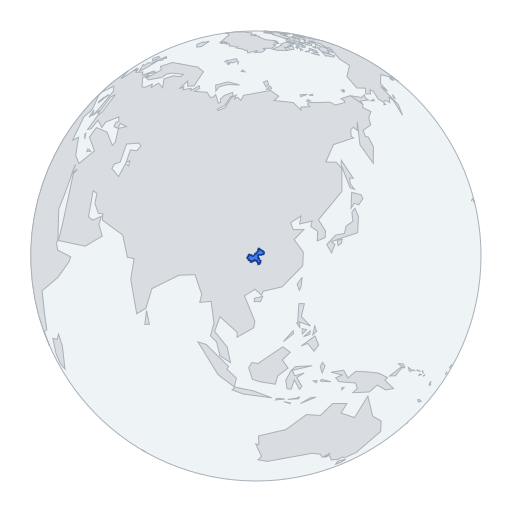 the Earth from above Chongqing, rotated 6°
{"feature_id": "CHN-1154", "entity_name": "Chongqing", "entity_type": "Municipality", "adm_level": 1, "iso_a3": "CHN", "parent_name": "China", "parent_adm1": "", "projection": "orthographic", "projection_center": [107.845, 30.195], "detail": "fine", "context": "on_globe", "style": "filled", "palette": "blue", "viewbox_px": 512, "rotation_deg": 6, "n_neighbors": 0, "source": "natural_earth", "source_scale": "10m", "svg_char_len": 15008}
<svg xmlns="http://www.w3.org/2000/svg" viewBox="0 0 512 512"><g transform="rotate(6 256 256)"><circle cx="256" cy="256" r="225" fill="#eef3f6" stroke="#a8b0b8"/><path d="M462.1,343.3L461.7,344.4L461.6,344.8L462.1,343.3ZM379.4,67.5L375.2,64.9L374.4,64.4L379.4,67.5ZM373.3,63.7L370.3,62.0L371.3,63.0L373.0,64.3L361.0,62.5L361.9,71.6L369.6,78.3L362.1,74.3L381.7,90.5L387.0,100.7L376.4,87.0L371.8,84.0L373.1,89.5L368.7,87.7L366.7,89.6L361.3,87.3L355.6,80.1L351.9,78.7L353.1,82.7L348.3,83.4L347.2,77.6L338.8,78.4L327.7,68.0L329.1,56.7L318.4,51.3L307.8,41.3L304.2,41.3L297.9,38.3L291.4,37.4L291.3,36.4L286.2,36.6L287.6,37.8L285.8,38.4L282.1,38.1L281.3,36.6L283.1,36.5L280.9,36.0L282.1,35.4L279.4,35.5L278.9,34.1L273.9,35.3L268.9,33.9L270.1,33.1L277.1,33.5L297.2,34.8L300.5,35.2L299.3,34.9L314.9,38.5L330.1,43.3L345.0,49.0L359.4,55.9L373.3,63.7ZM266.6,31.0L266.2,31.0L266.9,31.2L259.1,31.0L251.1,30.8L250.6,30.8L266.6,31.0ZM243.1,31.1L241.3,31.2L239.8,31.3L243.1,31.1ZM467.8,180.8L466.1,176.9L466.6,177.3L467.8,180.8ZM465.3,176.0L465.9,177.0L465.5,176.4L465.3,176.0ZM465.2,176.5L465.3,176.1L465.4,177.0L465.2,176.5ZM465.4,177.8L465.2,176.9L465.3,177.2L465.4,177.8ZM464.8,178.5L464.6,178.5L464.3,177.3L464.8,178.5ZM374.4,65.3L371.8,63.2L372.6,63.3L375.2,65.1L374.4,65.3ZM372.3,66.5L369.9,64.6L374.4,66.4L374.4,66.9L372.3,66.5ZM376.1,83.9L374.9,81.1L377.6,84.5L376.1,83.9ZM367.4,90.3L369.2,91.8L367.4,92.2L367.4,90.3ZM271.1,31.4L269.0,31.3L270.0,31.3L271.1,31.4ZM273.3,31.8L275.9,31.9L277.4,32.1L275.7,32.0L273.3,31.8ZM357.5,89.2L354.1,89.6L356.6,87.8L357.5,89.2ZM269.8,31.7L279.6,32.5L282.1,32.9L278.0,33.3L269.8,31.7ZM351.5,89.1L343.5,91.0L346.7,94.2L333.0,86.7L344.4,87.3L346.9,84.4L348.1,87.4L351.5,89.1ZM289.6,38.3L288.0,37.0L292.8,38.4L289.6,38.3ZM293.1,39.1L310.3,43.6L310.8,45.7L304.9,43.6L308.3,47.0L300.1,45.7L296.4,43.6L297.7,42.3L293.6,42.9L293.1,39.1ZM326.7,82.6L323.9,82.2L325.7,81.3L326.7,82.6ZM285.5,38.8L288.9,39.3L289.6,41.1L282.9,40.4L284.8,40.0L285.5,38.8ZM313.2,48.6L312.6,50.1L305.7,49.4L304.6,50.0L300.0,45.9L313.2,48.6ZM282.8,39.5L279.4,40.1L275.7,39.1L282.2,38.4L282.8,39.5ZM292.6,41.9L292.6,42.9L290.4,42.1L292.6,41.9ZM260.8,36.6L264.8,36.8L265.5,37.7L260.8,36.6ZM278.4,40.4L279.7,40.7L280.4,41.2L277.5,41.5L278.4,40.4ZM295.5,45.9L292.8,45.4L297.0,47.5L292.1,47.4L289.9,44.8L288.8,45.9L287.3,45.9L287.2,43.8L295.5,45.9ZM276.8,43.3L272.4,40.5L264.7,39.7L263.8,38.8L276.4,40.3L276.8,43.3ZM282.9,43.7L279.0,43.2L279.9,42.1L283.2,41.9L282.9,43.7ZM289.5,48.4L297.6,49.2L297.8,49.8L289.5,48.4ZM274.4,43.2L275.5,43.9L273.7,43.2L274.4,43.2ZM284.7,46.9L287.5,47.0L287.6,47.7L284.7,46.9ZM275.4,45.4L274.0,44.4L276.2,44.1L275.4,45.4ZM279.5,46.2L279.0,47.1L277.8,44.6L280.7,46.1L279.5,46.2ZM284.3,47.5L285.3,47.9L283.1,47.4L284.3,47.5ZM267.9,47.4L265.8,44.3L270.7,43.5L272.0,46.5L267.9,47.4ZM88.3,105.6L88.7,105.1L83.0,112.1L78.8,124.8L77.1,128.4L70.4,135.4L61.5,160.0L67.1,156.5L66.2,174.8L70.2,182.5L84.4,168.3L77.9,155.2L83.9,144.9L94.9,148.4L101.6,161.0L104.2,157.5L105.9,143.5L113.5,140.9L107.2,138.3L105.2,143.4L101.2,142.2L102.7,137.6L105.4,136.7L105.1,132.0L92.5,138.5L89.2,144.4L84.7,137.4L78.7,146.7L75.3,147.8L84.1,132.5L87.9,128.9L99.3,110.1L94.9,113.1L83.9,131.4L84.6,128.2L78.5,133.4L83.7,127.0L96.9,107.2L96.9,102.0L86.2,108.6L88.4,105.5L92.8,100.7L97.1,96.3L109.6,85.2L103.0,93.9L108.1,90.2L118.5,81.2L115.7,84.9L119.1,82.6L117.5,85.9L124.3,84.8L124.0,88.0L135.3,82.6L136.7,83.7L129.6,86.4L124.6,90.4L125.0,99.7L127.6,100.0L134.9,95.9L134.1,99.4L141.1,94.3L145.6,98.4L146.0,89.5L154.6,85.5L162.0,85.6L164.9,83.0L152.8,82.9L148.0,84.5L143.7,88.2L130.4,92.2L128.4,90.3L142.5,80.8L141.2,77.4L152.8,72.3L178.3,74.2L184.5,78.2L176.6,93.3L170.2,94.3L169.8,89.1L162.2,97.6L166.6,95.1L166.0,98.3L174.0,96.0L173.9,98.2L181.8,92.6L182.6,95.1L177.6,98.6L190.2,98.3L194.1,103.2L197.0,102.2L199.0,99.7L202.7,108.0L204.7,106.9L204.2,103.7L207.8,99.6L215.6,95.8L216.5,98.9L213.8,100.7L209.4,109.4L202.1,114.2L203.3,115.2L209.8,111.8L215.1,101.0L219.6,97.9L218.0,102.9L218.9,100.9L221.4,100.3L224.7,102.9L226.9,97.5L253.1,89.9L262.0,94.7L257.7,99.5L276.9,99.5L285.5,106.3L285.0,103.2L293.9,101.9L291.4,99.6L291.8,98.1L313.5,95.3L319.3,97.6L328.1,94.1L327.9,92.6L324.1,90.7L333.0,86.7L346.7,94.2L346.5,97.1L355.2,100.4L353.6,106.7L356.3,113.8L349.4,119.7L352.1,125.3L355.3,126.1L361.3,134.9L362.9,151.5L347.8,134.6L342.7,111.9L343.6,120.5L339.3,117.8L337.1,120.6L338.1,127.2L340.8,128.3L321.4,137.1L315.6,155.2L326.0,154.3L332.2,159.9L334.7,182.7L314.3,213.5L322.5,223.8L322.8,230.5L315.4,234.6L314.7,224.8L307.4,221.1L308.2,215.3L296.1,219.6L296.6,211.5L286.9,219.3L290.3,225.9L300.8,224.7L292.2,235.7L302.6,247.2L303.5,260.8L285.1,284.0L266.8,290.3L265.6,294.4L258.5,289.2L248.7,296.8L261.7,321.0L261.2,327.6L245.6,338.8L245.3,333.9L226.5,320.1L222.7,335.3L236.9,349.6L241.8,364.7L230.7,359.1L225.8,345.6L219.1,340.3L221.2,327.0L216.1,305.8L204.9,308.0L206.0,299.8L197.3,280.9L181.3,283.2L155.9,299.3L152.0,319.4L143.4,325.9L133.9,292.3L135.0,271.3L128.2,270.7L121.3,249.1L99.5,236.4L99.4,230.1L94.7,230.0L90.3,220.5L91.3,210.5L87.2,208.0L85.3,234.5L90.0,237.4L98.1,232.6L96.4,241.1L101.0,252.2L85.1,264.1L57.8,261.2L60.2,245.3L65.7,193.3L68.3,189.6L68.6,189.1L69.0,188.1L64.2,193.4L66.9,183.8L58.5,217.3L54.9,229.9L57.4,261.8L55.9,263.1L58.2,270.9L71.8,276.2L70.7,281.0L61.2,298.0L46.9,313.0L51.7,335.2L55.7,351.2L53.2,353.0L60.0,366.9L59.8,366.7L52.2,352.0L45.7,336.9L40.4,321.3L36.2,305.3L33.2,289.1L31.3,272.7L30.7,256.2L31.3,239.8L33.1,223.4L36.1,207.2L40.2,191.2L45.6,175.6L52.0,160.4L59.5,145.8L68.1,131.7L77.7,118.3L88.3,105.6ZM103.5,184.0L111.0,191.4L116.6,177.8L119.9,179.8L120.6,174.6L117.0,176.8L120.0,163.6L126.4,163.7L130.1,158.6L127.8,155.9L115.5,158.2L111.1,176.7L105.6,179.4L103.5,184.0ZM139.7,68.4L136.2,71.2L132.5,72.7L132.8,70.3L138.2,67.8L139.7,68.4ZM132.2,74.9L146.1,67.0L146.4,68.7L143.9,69.0L142.7,70.9L138.3,71.9L125.0,81.9L120.8,84.1L123.8,77.4L125.1,78.2L128.4,75.2L132.2,74.9ZM181.0,49.2L187.1,47.3L180.0,53.3L175.2,54.5L175.2,51.7L180.9,48.7L181.0,49.2ZM260.6,32.8L263.4,32.7L263.6,33.0L261.4,33.3L260.6,32.8ZM262.6,36.6L248.8,33.9L251.2,33.5L240.2,33.1L242.4,32.1L249.5,32.3L242.9,31.6L250.1,31.3L244.9,31.2L260.5,31.6L266.8,31.8L258.9,31.8L256.8,32.6L257.7,33.1L265.1,34.7L277.5,36.1L277.3,37.7L273.9,38.4L270.9,38.3L271.9,37.2L267.1,37.9L266.4,36.2L262.6,36.6ZM233.7,53.9L236.2,51.4L226.5,54.9L225.7,52.3L224.6,52.9L221.2,51.6L215.1,51.2L215.8,49.9L213.2,50.3L210.8,49.7L207.4,50.0L207.5,48.0L203.3,48.3L205.7,47.2L198.5,48.4L203.9,46.6L201.4,46.0L197.5,48.0L205.9,39.1L205.3,37.7L201.9,37.7L211.6,35.5L220.9,34.4L228.7,34.8L227.9,36.9L232.4,35.8L233.4,36.7L229.4,37.1L236.1,37.0L235.8,37.9L242.8,39.9L252.5,39.8L255.3,40.8L251.4,41.3L256.9,42.0L251.3,43.9L253.2,44.8L249.6,47.8L240.8,48.8L243.6,49.8L241.0,52.5L233.7,53.9ZM266.6,48.2L256.3,49.3L250.8,48.6L259.5,43.7L258.5,42.7L263.9,40.1L271.7,41.4L269.5,41.9L269.1,42.8L266.8,42.0L268.4,43.3L265.3,44.2L265.7,45.5L262.3,45.5L266.6,48.2ZM79.5,127.6L79.0,129.6L79.2,131.9L75.4,135.5L79.5,127.6ZM88.3,114.0L88.4,114.9L83.1,120.5L83.7,118.6L88.3,114.0ZM93.1,111.0L88.9,114.5L91.5,111.5L93.1,111.0ZM130.2,87.3L131.0,88.3L129.3,89.6L126.8,90.3L130.2,87.3ZM204.6,66.1L206.9,64.2L208.2,64.4L215.9,61.8L217.1,63.9L212.9,66.3L204.6,66.1ZM80.7,169.0L76.9,169.9L77.5,167.1L78.7,167.3L80.7,169.0ZM74.0,151.7L73.4,157.7L73.0,152.7L74.0,151.7ZM207.2,67.9L210.2,66.6L208.9,68.5L207.2,67.9ZM218.4,65.4L217.6,67.5L218.1,63.9L218.4,65.4ZM162.5,460.4L167.2,462.6L164.2,461.4L162.5,460.4ZM72.9,366.1L77.8,388.3L72.8,383.6L67.4,374.2L62.6,359.1L66.9,359.7L67.8,354.3L72.9,366.1ZM298.9,398.0L305.6,398.5L305.4,399.3L298.9,398.0ZM291.8,395.3L299.6,395.3L290.4,397.1L291.8,395.3ZM302.6,395.3L310.5,393.3L313.9,391.7L313.3,393.5L302.6,395.3ZM286.5,395.4L257.7,394.6L246.3,391.6L249.0,388.6L267.4,390.4L286.5,395.4ZM248.1,388.5L230.7,378.0L207.3,347.5L215.7,349.2L240.3,368.7L238.7,371.4L249.2,379.5L248.1,388.5ZM290.1,373.0L288.5,381.5L272.6,380.6L265.3,379.0L260.4,367.9L263.1,362.4L269.1,362.8L292.1,343.5L300.1,348.2L293.0,356.6L299.6,364.1L290.1,373.0ZM152.8,321.6L157.1,335.0L152.6,335.7L152.8,321.6ZM301.5,329.3L292.1,338.3L300.7,326.4L301.5,329.3ZM306.5,318.0L307.1,322.6L303.3,318.2L306.5,318.0ZM265.3,300.9L259.0,301.6L258.9,298.3L266.9,295.4L265.3,300.9ZM304.1,272.3L303.9,282.2L302.6,285.6L299.9,279.7L304.1,272.3ZM221.8,87.6L209.8,88.5L201.9,91.4L198.8,96.1L198.1,90.2L210.2,85.7L221.8,87.6ZM249.1,89.1L251.8,85.5L254.1,87.2L253.8,88.3L249.1,89.1ZM248.3,86.8L245.2,82.3L248.9,80.4L250.7,84.3L248.3,86.8ZM225.7,74.0L222.1,74.0L223.2,72.3L225.7,74.0ZM357.0,454.7L358.5,451.7L366.5,448.6L361.7,452.5L357.0,454.7ZM423.5,406.7L424.6,405.4L423.9,406.2L423.5,406.7ZM332.5,446.3L288.6,459.1L279.3,458.4L282.4,454.7L275.4,443.0L278.5,443.2L277.4,434.6L303.8,425.5L322.9,408.4L336.7,407.9L347.7,394.7L361.7,393.3L357.0,403.3L370.9,406.4L381.9,383.6L388.8,403.1L397.7,407.0L398.3,417.5L376.1,441.0L364.9,447.5L363.4,446.8L358.6,449.7L352.1,451.0L350.0,446.6L345.1,449.3L350.5,444.2L343.2,449.3L340.5,446.4L332.5,446.3ZM431.8,382.1L433.4,381.6L435.4,383.1L432.8,384.3L431.8,382.1ZM457.8,351.5L458.0,352.2L456.5,354.3L457.8,351.5ZM461.6,344.8L459.8,347.5L462.1,343.3L461.6,344.8ZM442.4,364.8L443.1,365.5L442.3,366.5L442.4,364.8ZM441.8,364.9L443.1,362.1L442.7,364.3L441.8,364.9ZM434.7,358.2L435.8,356.5L436.3,357.1L434.7,358.2ZM315.7,398.0L325.2,391.1L330.4,390.1L315.7,398.0ZM433.3,356.6L430.5,357.7L430.9,356.3L433.3,356.6ZM433.6,353.6L433.4,352.1L434.9,355.2L433.6,353.6ZM428.5,352.3L431.7,353.8L428.0,352.8L428.5,352.3ZM426.4,353.6L423.9,353.3L424.1,352.7L426.4,353.6ZM397.2,366.1L406.6,373.4L398.8,375.6L390.1,371.7L382.8,379.4L366.6,381.8L370.5,377.3L368.4,371.9L351.5,372.3L348.0,368.8L354.2,365.4L342.8,363.7L355.2,360.4L360.2,367.7L367.2,360.3L379.1,359.6L390.4,359.7L399.4,363.2L397.2,366.1ZM355.1,377.9L357.3,377.5L355.3,380.2L355.1,377.9ZM419.2,350.9L422.8,353.2L422.3,354.3L420.5,354.5L419.2,350.9ZM401.5,361.3L411.2,351.9L413.4,351.2L407.0,360.6L401.5,361.3ZM408.9,348.3L413.4,347.8L415.6,350.7L414.7,352.0L408.9,348.3ZM329.8,373.5L329.3,375.7L326.0,374.3L329.8,373.5ZM334.0,371.8L343.8,373.2L333.1,373.8L334.0,371.8ZM304.1,365.9L307.0,371.1L316.2,367.3L309.2,372.5L315.3,380.8L313.2,384.1L307.1,375.2L304.9,384.8L300.8,384.8L298.6,376.6L302.8,366.3L306.8,361.9L323.3,359.3L304.1,365.9ZM334.0,365.3L331.4,359.3L333.3,354.9L336.1,358.0L334.0,365.3ZM323.6,344.6L316.6,337.5L310.4,340.7L323.0,329.4L327.6,338.1L323.6,344.6ZM317.6,328.3L311.7,331.3L317.8,324.8L317.6,328.3ZM310.2,328.8L309.5,323.4L314.1,324.0L310.2,328.8ZM320.7,328.4L321.7,319.3L324.1,324.5L320.7,328.4ZM307.4,311.5L317.5,319.9L304.4,316.6L303.6,298.9L309.1,298.4L307.4,311.5ZM336.6,237.1L335.1,232.0L340.0,230.4L339.7,234.3L336.6,237.1ZM354.7,222.2L340.9,228.4L329.5,233.9L333.2,236.1L330.9,245.1L325.2,237.2L332.9,226.9L341.6,224.4L342.5,216.9L348.7,211.4L346.8,202.3L349.4,198.2L353.7,205.8L354.7,222.2ZM345.6,198.6L344.5,182.7L354.0,184.1L356.3,187.8L352.8,194.4L348.1,193.3L345.6,198.6ZM347.0,179.4L342.4,178.3L331.0,156.1L330.9,151.9L344.6,168.6L340.9,168.6L342.1,174.1L347.0,179.4ZM325.0,83.8L324.0,82.3L326.4,83.5L325.0,83.8ZM290.2,96.9L291.2,95.0L294.0,96.1L290.2,96.9ZM295.6,90.5L291.7,90.5L295.5,89.2L295.6,90.5ZM283.1,91.0L290.0,89.9L283.9,92.9L283.1,91.0Z" fill="#d9dde1" stroke="#a8b0b8" stroke-width="1"/><path d="M255.9,253.6L256.0,253.6L256.3,253.3L256.4,253.2L256.4,252.9L256.5,252.7L256.7,252.1L256.6,251.9L257.1,251.6L257.2,251.3L257.2,251.1L257.3,251.0L257.3,250.9L257.6,250.9L257.9,250.6L258.0,250.3L258.2,250.1L258.3,250.0L258.3,249.9L258.2,249.8L258.2,249.7L257.9,249.5L257.5,249.2L257.4,249.2L257.6,248.8L257.7,248.6L257.9,248.6L257.7,248.3L257.7,248.2L257.8,248.2L258.2,248.1L258.5,248.2L258.7,248.5L259.0,248.6L259.5,248.9L259.7,249.0L260.0,249.1L260.4,249.4L260.7,249.9L260.8,250.0L261.0,250.0L261.8,249.9L262.1,250.0L262.3,250.3L262.3,250.6L262.7,250.6L263.0,250.7L263.1,250.8L263.5,251.1L263.7,251.5L263.7,251.8L263.8,251.9L263.8,252.0L263.7,252.2L263.6,252.3L263.6,252.5L263.7,252.8L263.7,253.1L263.5,253.4L263.4,253.5L263.3,253.4L263.1,253.4L263.0,253.2L262.9,253.2L262.4,253.4L262.4,253.5L262.1,253.7L262.1,253.9L261.9,254.0L261.6,254.1L261.4,254.4L261.2,254.4L261.1,254.5L260.9,254.4L260.7,254.4L260.5,254.5L260.4,254.5L260.2,254.4L259.8,254.4L259.7,254.4L259.6,254.5L259.3,254.6L259.0,254.7L258.9,254.7L258.7,254.5L258.5,254.8L258.0,254.8L257.9,254.9L257.8,255.2L257.8,255.3L258.3,255.5L258.4,255.8L258.3,256.1L258.3,256.3L258.4,256.7L258.4,256.8L258.3,257.0L258.4,257.3L258.0,257.4L257.9,257.4L257.9,257.5L258.0,257.6L258.0,257.8L258.3,257.9L258.4,257.6L258.5,257.5L258.6,257.3L258.8,257.5L258.9,257.8L259.1,258.0L259.3,258.1L259.5,258.2L259.6,258.4L259.5,258.8L259.7,259.0L259.7,259.3L260.0,259.5L260.2,259.8L260.9,260.5L261.0,260.5L260.9,260.6L260.8,260.9L260.8,261.1L260.8,261.5L261.0,261.8L260.9,261.8L260.9,262.0L260.7,262.1L260.8,262.2L260.9,262.3L261.0,262.3L260.9,262.5L260.7,262.7L260.6,262.8L260.4,263.4L260.3,263.6L260.3,263.8L260.2,263.8L259.8,263.8L259.6,263.8L259.3,263.7L259.2,263.7L259.1,263.8L259.1,263.7L259.2,262.9L259.1,262.7L258.9,262.7L258.8,262.8L258.7,262.8L258.8,262.9L258.9,263.0L258.9,263.3L258.7,263.3L258.6,263.1L258.6,262.9L258.5,262.7L258.6,262.3L258.5,262.2L258.4,262.1L257.9,262.0L257.7,261.9L257.6,261.7L257.8,261.6L257.8,261.4L257.7,261.2L257.6,260.7L257.6,260.4L257.1,260.5L256.7,260.4L256.5,260.5L256.2,260.7L256.1,260.8L255.9,260.7L255.8,260.2L255.7,260.1L255.4,260.1L255.0,260.0L254.9,259.9L254.8,259.7L254.7,259.8L254.6,260.0L254.5,260.3L254.6,260.5L254.8,260.6L254.7,260.9L254.7,261.1L254.1,261.4L254.0,261.5L253.9,261.4L253.6,261.2L253.4,261.1L253.2,261.1L253.0,261.5L252.9,261.5L252.8,261.4L252.7,261.5L252.6,261.9L252.6,262.1L252.5,262.3L252.4,262.3L252.2,262.3L252.2,262.7L251.9,262.6L251.7,262.6L251.7,262.3L251.8,262.1L251.6,261.6L251.3,261.3L251.2,261.3L251.2,261.5L251.3,261.6L251.4,261.8L251.4,262.0L251.3,262.3L251.3,262.5L251.2,262.5L251.0,262.4L250.9,262.3L250.8,262.2L250.7,261.9L250.6,261.7L250.5,261.2L250.4,261.1L250.1,261.0L249.7,260.8L249.7,260.7L249.6,260.8L249.2,261.0L248.9,260.9L248.8,260.7L248.8,260.4L248.7,260.2L248.8,260.0L248.7,259.9L248.6,259.7L248.7,259.4L248.5,259.6L248.3,259.5L248.0,259.5L247.8,259.4L247.7,259.3L247.7,259.0L247.6,258.9L247.4,258.8L247.3,258.6L247.2,258.4L247.3,258.3L247.3,258.2L247.5,258.0L247.6,257.9L247.8,257.9L248.0,257.7L248.2,257.4L248.5,257.3L248.7,257.2L248.7,256.9L248.8,256.7L248.6,256.4L248.4,256.3L248.3,256.2L248.2,256.1L248.3,255.9L248.5,255.9L248.5,255.7L248.8,255.6L248.8,255.4L249.1,255.0L249.3,255.1L249.7,255.2L250.2,255.4L250.3,255.5L250.5,255.8L250.7,255.7L250.8,255.7L251.0,255.7L251.3,255.5L251.5,255.4L251.6,255.5L251.8,255.7L251.9,256.0L252.0,256.1L252.1,256.4L252.2,256.5L252.3,256.6L252.6,256.5L253.0,256.5L253.3,256.5L253.4,256.3L253.6,256.2L253.8,255.9L254.0,255.5L254.4,254.8L254.5,254.7L254.8,254.4L254.8,254.2L254.7,254.0L254.7,253.8L254.7,253.7L254.9,253.5L255.0,253.4L255.2,253.5L255.3,253.5L255.4,253.4L255.6,253.3L255.8,253.6L255.9,253.6Z" fill="#3b82f6" stroke="#1e3a8a" stroke-width="1.5"/></g></svg>